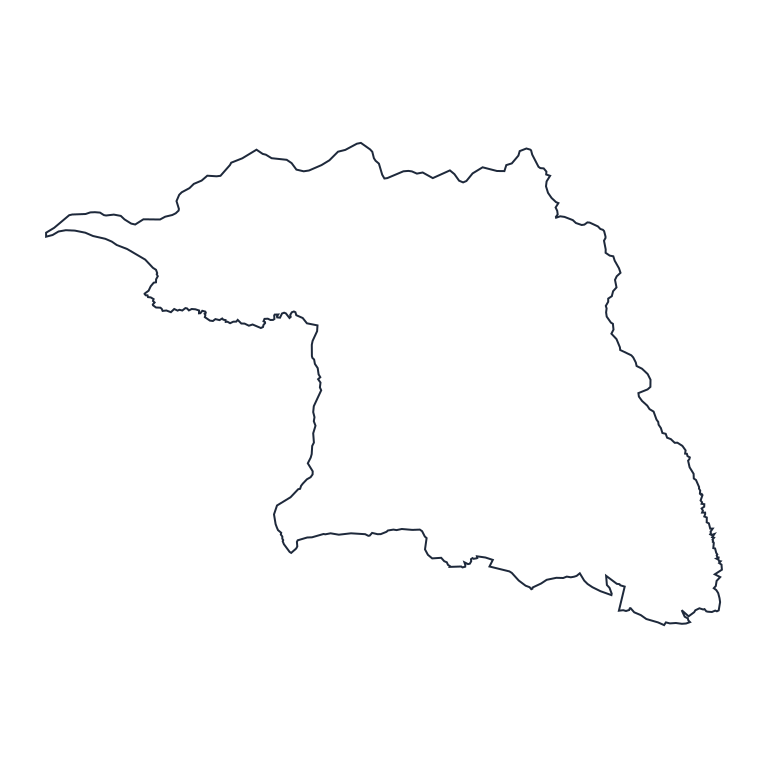 the district of Campuri, Vrancea, Romania
{"feature_id": "2599482B61463988444058", "entity_name": "Campuri", "entity_type": "district", "adm_level": 2, "iso_a3": "ROU", "parent_name": "Romania", "parent_adm1": "Vrancea", "projection": "robinson", "projection_center": [26.758, 46.041], "detail": "fine", "context": "isolated", "style": "outline", "palette": "slate", "viewbox_px": 768, "rotation_deg": 0, "n_neighbors": 0, "source": "geoboundaries", "source_scale": "gbopen_adm2", "svg_char_len": 6113}
<svg xmlns="http://www.w3.org/2000/svg" viewBox="0 0 768 768"><path d="M690.0,622.1L688.4,620.5L687.8,618.4L684.7,616.7L681.7,610.2L688.6,616.3L694.2,612.2L695.3,610.3L699.4,608.3L703.2,609.5L704.5,609.1L706.3,611.3L707.8,611.7L711.9,612.0L715.2,610.6L716.9,611.3L718.7,610.4L720.1,602.1L719.5,598.1L718.2,593.1L716.3,590.1L713.8,588.2L715.8,586.0L716.6,580.9L720.2,577.1L714.8,574.3L721.9,569.7L721.5,564.6L719.1,563.0L720.6,561.3L719.0,561.0L718.5,559.7L716.4,558.6L719.4,557.5L717.4,557.3L716.7,555.4L717.3,554.5L716.2,552.8L715.1,548.5L713.3,548.1L713.8,542.9L712.8,541.9L713.2,541.2L712.5,539.7L714.0,537.7L712.2,537.2L714.4,534.0L711.5,535.0L710.2,534.3L710.9,533.4L710.6,531.6L712.7,528.6L710.2,528.6L708.9,523.4L706.7,522.3L706.8,517.5L704.3,516.5L705.2,514.0L705.1,512.6L702.1,512.6L702.9,510.6L701.6,508.5L704.2,506.7L704.3,504.2L701.6,503.8L702.1,502.3L700.6,500.5L702.5,495.1L701.7,494.0L700.9,494.6L699.9,493.7L700.2,490.5L699.0,488.6L699.1,487.1L696.0,480.0L693.8,478.5L693.6,473.8L689.6,467.3L688.1,460.7L689.4,459.1L689.8,457.4L687.5,456.1L686.9,453.8L685.1,453.6L685.6,450.4L682.4,445.9L677.4,442.7L674.7,442.8L670.8,439.1L667.1,437.7L665.7,433.8L662.4,433.0L660.9,428.1L658.6,424.7L658.2,421.9L656.5,419.6L653.6,411.6L649.5,409.1L647.3,405.7L642.0,400.9L638.9,396.6L638.4,393.1L647.6,389.4L650.4,386.9L650.5,379.7L647.7,374.1L642.0,368.7L636.6,366.0L635.8,362.5L633.2,357.4L631.3,355.3L620.2,350.0L619.9,347.3L616.5,339.1L611.4,333.7L613.5,329.6L612.9,323.8L610.9,322.6L606.7,316.6L606.1,312.4L606.6,308.4L605.8,305.9L608.2,301.8L608.2,298.6L611.8,296.2L613.1,291.2L616.5,287.4L615.0,279.9L616.7,276.3L620.5,272.8L619.0,268.3L614.7,260.7L613.3,256.3L609.7,255.6L605.6,252.8L605.7,249.4L604.0,240.7L605.5,238.0L605.5,236.5L604.1,231.1L602.9,229.8L600.4,229.0L597.9,226.4L589.7,222.6L587.4,222.4L584.4,224.6L581.7,225.0L575.9,223.0L572.8,220.1L564.5,216.9L560.2,216.3L556.1,217.7L555.9,216.9L557.7,214.4L557.2,210.8L555.6,207.5L558.4,203.1L556.0,202.1L551.5,197.9L548.0,192.8L546.0,186.3L546.6,181.4L550.1,175.8L546.2,174.5L546.4,171.6L543.7,168.4L540.3,168.1L538.5,166.8L532.2,154.6L531.1,150.4L530.2,149.6L526.4,148.5L519.7,151.1L518.4,155.6L511.8,163.4L506.3,165.1L504.4,171.1L497.0,171.0L482.6,167.3L472.6,173.4L466.4,181.0L463.1,182.4L459.1,180.7L454.4,174.1L449.9,170.4L432.8,178.1L422.7,172.5L416.9,173.6L411.9,171.4L408.4,170.9L403.4,171.3L387.3,178.1L384.4,178.5L382.2,174.7L378.9,163.6L375.6,160.8L373.9,158.2L372.3,151.8L370.1,149.4L360.9,142.9L356.9,143.7L345.3,149.9L338.0,151.7L329.4,160.3L321.5,165.1L309.0,170.5L303.7,171.3L296.4,169.6L291.6,163.1L286.7,159.8L271.6,158.2L265.9,154.7L262.7,153.9L256.5,149.7L242.3,158.3L231.2,162.7L230.0,165.0L220.5,175.8L216.6,176.3L207.3,175.7L201.6,180.6L193.8,183.9L189.5,188.1L181.7,192.3L179.2,194.8L176.5,201.1L178.9,208.9L178.6,210.6L175.7,213.3L172.3,215.0L165.2,216.7L160.0,219.5L143.4,219.3L135.2,224.5L131.2,223.6L124.5,219.4L120.8,215.9L113.8,214.6L106.1,215.5L103.9,215.1L100.0,212.6L94.9,212.2L90.3,212.4L85.6,214.0L72.3,214.5L69.2,215.2L54.2,227.8L46.1,232.7L46.1,236.7L52.6,235.0L58.5,231.5L65.8,230.2L74.8,230.6L85.3,232.7L93.0,236.0L105.3,238.8L111.8,241.6L116.7,245.0L127.1,249.0L145.2,259.6L152.9,267.8L156.0,269.8L157.2,273.1L156.7,274.2L157.8,276.2L156.1,279.3L156.0,282.3L153.7,282.7L150.7,286.3L148.6,290.7L144.6,293.6L144.7,294.2L145.8,295.3L147.5,295.3L148.0,297.1L150.7,297.4L153.6,299.1L153.0,301.0L154.6,302.5L152.8,304.5L153.0,305.3L156.0,307.5L160.4,307.7L161.7,308.8L162.6,310.9L166.4,310.5L170.9,312.2L174.2,309.0L177.6,310.6L179.4,309.8L182.3,310.5L185.4,308.1L187.0,308.4L188.9,310.4L191.7,309.0L195.4,309.3L199.1,310.5L199.0,313.3L200.4,313.2L202.3,310.8L205.3,311.6L205.8,312.8L204.6,313.8L205.4,315.0L204.8,317.1L209.9,320.6L212.9,321.0L215.4,319.1L219.5,320.1L222.2,318.5L223.3,319.7L225.6,320.1L225.7,321.9L227.4,321.7L230.1,323.2L233.3,321.7L236.3,321.6L237.7,319.9L241.3,323.5L244.6,323.6L248.9,325.7L252.6,324.5L260.8,328.0L263.0,327.0L263.5,324.9L265.1,323.1L265.0,322.1L263.5,321.3L264.5,318.9L267.8,318.7L270.5,320.0L273.1,319.9L274.4,319.0L274.2,315.5L274.7,314.6L278.2,314.5L277.0,316.3L277.2,317.4L280.0,317.7L282.0,313.5L284.1,312.7L285.9,313.4L289.5,318.0L290.7,316.9L290.2,315.0L291.8,312.3L293.9,311.5L295.4,312.2L296.3,315.2L302.7,318.0L306.9,323.3L317.5,325.4L317.1,331.2L312.6,340.9L311.8,344.8L311.9,356.1L312.4,357.9L314.1,359.5L314.9,363.9L317.7,368.1L318.6,374.4L320.3,377.2L318.1,379.2L320.5,382.6L319.9,387.4L321.2,390.3L313.8,406.2L313.2,412.1L314.5,417.2L313.8,421.2L315.5,425.7L313.2,433.3L313.9,442.6L312.2,445.9L311.7,454.1L310.7,457.6L307.8,463.3L312.7,471.3L312.6,474.4L310.6,477.2L306.9,479.3L302.9,483.5L301.1,485.8L300.1,488.8L298.2,489.2L290.6,497.2L277.0,505.5L274.0,514.4L275.6,524.1L276.9,527.6L278.0,530.1L281.2,532.8L280.8,534.5L282.3,536.5L282.3,538.7L283.2,540.1L282.7,541.2L283.9,544.2L289.6,551.9L291.2,552.9L296.2,548.5L297.3,546.4L296.9,541.9L297.7,540.3L307.2,537.5L312.0,537.3L323.5,534.0L325.4,534.3L330.6,533.3L338.8,534.7L351.0,533.3L365.2,534.2L368.3,535.8L369.7,535.6L372.1,532.9L377.6,534.2L380.8,534.1L386.5,531.8L387.9,530.5L393.4,529.6L396.6,530.1L401.8,529.0L412.4,529.9L419.8,529.6L422.1,531.2L424.8,536.5L426.6,538.1L425.0,549.4L427.9,554.8L432.2,558.4L441.2,557.8L444.2,561.2L446.8,562.3L448.0,564.9L449.9,566.1L449.6,566.9L461.2,566.5L462.5,567.4L465.2,566.7L465.3,565.0L464.4,562.3L468.0,564.1L469.8,563.7L471.2,561.3L471.0,559.2L472.5,558.1L473.6,558.8L476.6,558.3L477.3,558.0L476.9,556.3L485.4,557.5L492.8,559.9L489.5,566.5L509.4,571.4L511.8,572.9L518.7,580.5L525.6,585.7L529.6,587.2L531.3,589.2L532.4,588.7L532.6,587.5L541.1,583.5L546.7,579.8L556.4,577.8L563.2,578.0L566.8,576.6L570.8,577.3L574.1,576.7L576.6,575.9L579.8,573.3L584.2,580.6L587.6,584.0L592.4,587.2L600.5,591.2L611.4,595.1L611.7,593.7L609.5,587.8L606.9,585.0L606.1,575.8L616.8,583.8L619.5,584.2L620.3,585.3L624.7,586.6L618.9,610.7L623.2,610.2L626.0,611.0L629.2,610.0L629.8,608.3L630.6,608.2L634.2,612.3L640.8,615.1L646.3,619.0L658.0,622.4L664.1,625.1L665.9,622.4L669.9,623.4L675.9,623.0L681.9,623.8L686.1,623.5L690.0,622.1Z" fill="none" stroke="#1e293b" stroke-width="2"/></svg>